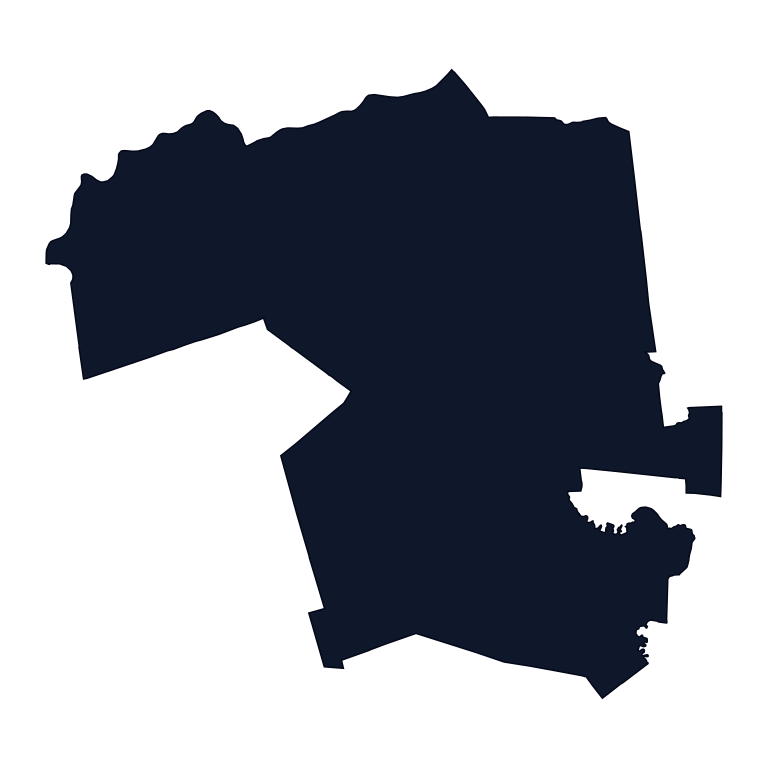 Sacosu Turcesc, Timis, Romania
{"feature_id": "2599482B45296566917183", "entity_name": "Sacosu Turcesc", "entity_type": "district", "adm_level": 2, "iso_a3": "ROU", "parent_name": "Romania", "parent_adm1": "Timis", "projection": "mercator", "projection_center": [21.404, 45.631], "detail": "fine", "context": "isolated", "style": "filled", "palette": "ink", "viewbox_px": 768, "rotation_deg": 0, "n_neighbors": 0, "source": "geoboundaries", "source_scale": "gbopen_adm2", "svg_char_len": 6076}
<svg xmlns="http://www.w3.org/2000/svg" viewBox="0 0 768 768"><path d="M648.0,663.0L647.1,662.5L646.4,660.6L645.4,659.0L644.2,658.4L643.7,658.1L643.7,657.6L643.7,657.1L644.4,656.5L647.5,656.6L648.1,656.3L648.1,655.3L647.2,654.7L643.4,655.6L642.5,655.6L641.8,655.0L641.8,654.0L644.2,652.1L644.4,650.9L644.3,649.9L643.6,649.2L642.1,649.3L640.3,650.7L639.1,651.2L638.3,650.9L638.1,650.2L639.2,646.2L639.5,645.8L640.7,645.6L643.6,646.7L645.4,646.2L645.8,645.7L645.7,644.8L644.3,643.6L643.8,642.3L644.4,641.6L646.5,642.4L647.0,642.3L647.3,641.5L647.2,639.0L646.8,638.4L642.8,637.1L642.5,635.4L642.0,635.2L641.4,635.4L639.6,637.0L638.5,636.9L636.1,634.2L635.9,632.8L636.1,631.8L636.1,630.5L636.7,629.6L638.8,628.8L639.0,627.3L640.0,626.4L643.6,625.8L644.5,626.0L646.1,627.9L646.7,628.0L647.4,626.5L646.0,625.0L646.1,624.0L647.5,621.7L649.8,620.2L651.9,620.2L657.6,621.2L658.2,621.8L659.6,622.1L666.6,623.0L666.9,622.6L666.6,618.9L667.8,579.0L669.4,576.5L673.2,575.5L673.8,575.0L679.4,574.7L679.7,573.9L686.6,567.6L687.2,566.6L688.8,560.2L688.9,558.3L689.6,554.3L691.2,548.7L692.0,542.3L694.8,538.5L694.0,535.5L692.7,534.4L692.2,533.4L691.7,530.1L690.7,529.4L686.0,528.4L685.4,525.7L684.9,525.0L684.1,524.7L682.4,524.9L680.1,525.8L678.6,524.8L678.0,524.8L676.3,526.2L673.7,527.0L671.4,528.7L669.5,528.2L667.9,528.7L667.5,528.0L667.0,525.2L666.5,524.2L661.4,519.7L658.5,516.1L657.6,514.5L656.1,512.9L653.3,510.2L651.0,508.6L645.7,507.1L641.2,507.5L639.2,508.3L635.4,511.8L632.6,513.8L631.9,515.2L631.8,516.6L632.7,518.2L634.6,519.2L635.3,520.4L635.2,521.1L634.8,521.8L633.8,522.3L632.5,522.2L631.3,523.1L628.8,523.2L627.1,523.9L626.9,525.4L626.6,526.0L625.5,526.6L626.9,527.7L626.7,528.9L627.1,531.7L626.9,532.3L626.3,532.9L621.4,535.1L620.9,535.0L619.8,534.0L619.4,533.3L619.4,532.5L619.9,531.8L621.3,531.5L621.3,531.0L620.4,529.9L620.3,529.2L621.8,526.2L621.8,525.3L621.5,525.1L620.0,527.1L618.6,527.6L618.2,528.7L617.5,529.2L617.3,529.7L617.9,531.5L618.0,532.4L617.2,533.5L616.4,534.3L615.7,534.4L613.2,533.8L612.7,532.8L613.5,531.1L612.9,528.2L613.8,526.8L613.9,526.3L613.8,525.5L613.1,524.9L607.7,523.0L607.3,523.2L606.8,524.0L607.4,525.8L607.4,526.3L606.1,527.7L605.8,529.1L605.7,531.7L605.1,532.4L604.6,532.6L603.0,532.2L600.7,531.4L599.9,530.8L599.9,529.7L600.7,528.6L601.5,526.6L601.2,525.2L600.5,525.3L598.4,527.7L597.2,528.4L595.4,528.7L594.7,527.6L594.7,526.0L594.4,524.7L592.9,522.3L593.1,521.1L592.3,521.0L591.4,521.8L589.5,522.6L587.4,522.3L586.9,521.9L586.8,520.8L587.6,518.9L587.7,517.5L587.6,517.1L586.7,515.9L585.7,515.8L584.0,516.5L582.4,516.5L581.1,516.2L579.0,514.5L579.6,514.3L577.3,511.4L576.7,508.9L573.8,507.2L572.3,504.0L569.3,500.4L569.0,499.0L569.5,497.4L569.4,496.8L567.6,494.2L567.6,492.9L568.3,491.4L580.8,491.0L581.9,486.5L581.9,482.9L581.2,480.3L579.7,468.1L579.9,468.1L585.4,468.3L609.6,470.7L671.9,477.3L675.9,477.7L677.5,477.6L679.3,478.2L682.7,478.4L683.0,478.6L685.6,478.6L686.2,485.5L686.2,493.0L694.5,493.2L710.9,495.0L720.6,496.5L721.0,484.3L721.7,447.6L721.9,412.9L721.5,412.8L721.5,406.3L688.8,407.7L687.7,408.1L688.8,409.6L689.5,412.5L689.5,413.5L688.9,414.4L688.6,415.8L689.4,418.6L687.5,420.1L686.5,420.8L683.7,421.5L682.3,422.6L680.9,422.8L678.2,422.8L676.9,423.5L676.8,424.6L674.2,425.9L663.4,427.4L661.8,413.6L661.3,410.9L659.6,397.5L658.3,383.5L659.9,380.1L660.9,376.5L661.9,374.4L662.7,373.6L664.3,373.5L664.6,373.3L664.6,372.8L662.5,369.5L661.6,366.2L660.1,365.2L651.7,361.5L650.3,360.4L649.5,359.2L648.6,355.2L645.7,352.5L645.6,352.1L655.7,351.6L648.6,303.3L646.3,279.7L641.5,237.2L640.8,231.5L640.2,229.3L634.4,178.3L628.8,131.6L620.1,128.1L611.5,124.2L609.4,122.8L608.2,121.7L606.5,118.4L605.6,117.6L598.2,118.2L590.1,120.2L582.4,121.5L582.3,122.1L577.1,122.5L572.8,122.3L568.3,124.3L566.4,124.6L564.4,124.4L563.3,123.5L561.4,121.2L559.5,120.5L557.2,120.1L555.2,118.8L554.7,117.9L526.2,117.2L493.5,117.1L488.4,117.4L484.6,109.5L481.9,105.7L465.7,85.3L454.3,72.1L453.5,71.7L451.7,69.8L447.6,74.5L436.6,85.6L432.2,88.4L425.3,91.3L419.5,92.9L414.3,93.7L403.4,96.6L397.6,97.4L389.9,96.9L374.3,94.6L368.5,95.3L365.9,97.6L363.3,101.7L359.9,105.8L356.4,109.1L354.1,110.6L351.1,111.4L347.2,111.2L342.0,111.7L339.7,112.5L334.7,115.2L318.5,122.6L313.9,124.4L308.0,125.9L302.6,127.9L297.7,128.3L287.8,128.0L282.7,128.9L280.3,129.9L277.2,131.9L270.6,137.3L268.2,138.0L263.7,138.7L257.2,140.8L254.9,142.2L247.4,146.0L245.9,145.9L244.8,144.6L243.7,142.4L242.9,138.9L241.3,134.2L237.8,128.7L237.1,128.0L233.6,125.4L228.1,124.6L224.4,123.4L221.5,121.3L219.8,119.4L219.0,117.8L217.4,116.0L215.4,114.0L212.9,112.1L209.6,110.7L206.6,110.9L201.2,113.4L198.1,115.7L196.6,117.4L194.2,121.7L192.3,123.5L190.8,124.3L186.0,125.6L183.5,126.9L181.4,128.4L177.4,132.1L173.5,133.5L171.4,133.8L169.0,134.0L163.7,133.4L161.9,133.6L159.7,134.5L158.5,135.5L152.9,144.7L150.2,147.0L145.9,149.1L138.0,151.1L132.9,151.3L124.3,150.6L121.3,151.0L119.4,153.0L118.6,154.6L118.6,159.1L117.9,163.4L116.5,168.9L114.1,175.0L112.5,176.9L107.7,180.9L102.7,182.1L100.3,181.9L96.7,180.2L91.8,176.4L87.2,174.2L84.6,174.0L82.2,174.9L81.8,175.3L81.4,176.7L81.7,182.2L81.0,185.3L74.8,193.5L74.5,194.6L72.9,205.1L71.5,209.0L71.0,215.0L70.8,223.3L69.7,227.5L66.3,233.4L62.3,237.0L59.5,238.4L53.0,240.6L50.8,241.7L49.2,243.8L46.7,249.5L46.3,252.9L46.1,263.2L48.5,264.2L49.4,264.3L49.4,263.7L59.6,263.8L66.5,266.3L70.7,270.2L71.8,272.0L73.0,275.2L72.9,279.0L71.5,281.9L70.8,282.9L79.2,346.3L79.0,347.1L83.6,379.0L87.0,378.3L149.7,357.2L167.7,350.7L173.2,349.4L183.5,345.5L195.4,341.4L201.9,339.7L219.8,334.0L237.9,327.1L244.8,325.1L255.9,321.2L263.5,318.0L267.5,329.4L289.1,345.3L291.7,347.5L293.8,348.8L327.5,373.7L328.5,374.8L331.5,376.4L337.5,381.2L351.1,391.1L347.5,397.3L343.8,403.2L332.4,412.6L295.8,443.8L280.8,455.7L296.8,514.0L309.6,557.8L309.4,557.8L324.6,608.6L308.8,613.0L324.3,666.8L343.4,668.3L341.5,660.2L369.1,650.4L369.1,650.2L369.9,649.9L386.4,643.7L416.0,633.4L475.6,652.3L504.1,662.0L530.7,666.2L581.6,675.6L586.2,676.8L592.8,685.9L602.4,698.2L621.4,683.4L621.8,683.5L647.5,664.0L647.1,663.8L648.0,663.0Z" fill="#0f172a" stroke="#020617" stroke-width="1.5"/></svg>